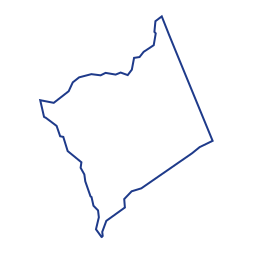 the district of Montgomery, North Carolina, United States of America, rotated 69°
{"feature_id": "52423323B62782413793554", "entity_name": "Montgomery", "entity_type": "district", "adm_level": 2, "iso_a3": "USA", "parent_name": "United States of America", "parent_adm1": "North Carolina", "projection": "mercator", "projection_center": [-79.888, 35.324], "detail": "fine", "context": "isolated", "style": "outline", "palette": "blue", "viewbox_px": 256, "rotation_deg": 69, "n_neighbors": 0, "source": "geoboundaries", "source_scale": "gbopen_adm2", "svg_char_len": 831}
<svg xmlns="http://www.w3.org/2000/svg" viewBox="0 0 256 256"><g transform="rotate(69 128 128)"><path d="M73.4,55.9L54.6,56.3L53.3,56.3L35.9,56.5L38.1,64.1L47.7,68.9L49.6,68.2L59.9,74.3L62.5,86.1L65.9,91.8L64.7,97.2L74.9,103.5L78.5,109.3L73.6,115.0L73.7,120.4L68.5,129.2L69.0,134.7L64.6,142.9L63.2,155.5L65.6,163.2L72.4,170.2L77.9,188.3L70.6,200.0L87.5,202.4L88.7,201.4L88.8,201.2L100.5,193.9L111.4,194.3L113.1,191.6L127.9,192.6L143.3,183.8L148.2,186.5L155.7,185.4L162.5,187.0L178.3,187.5L178.7,187.3L179.4,186.8L188.2,188.1L194.2,185.5L200.9,187.2L211.1,194.2L220.1,191.8L220.0,191.4L220.1,191.2L219.9,191.1L219.9,190.9L220.0,190.8L219.8,190.4L219.7,190.3L215.8,189.3L206.9,181.5L201.1,159.4L193.0,157.0L188.4,147.3L189.1,137.2L174.5,77.1L171.5,67.9L170.3,53.6L73.4,55.9Z" fill="none" stroke="#1e3a8a" stroke-width="2"/></g></svg>